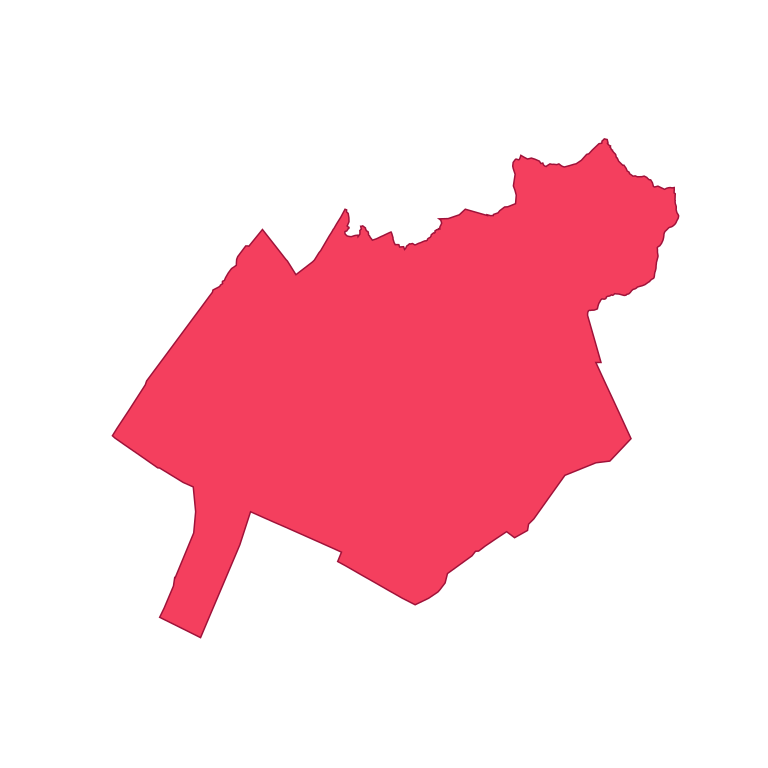 the district of Texcaltitlán, México, Mexico, rotated 193°
{"feature_id": "50627088B83838982860206", "entity_name": "Texcaltitlán", "entity_type": "district", "adm_level": 2, "iso_a3": "MEX", "parent_name": "Mexico", "parent_adm1": "México", "projection": "robinson", "projection_center": [-99.939, 18.941], "detail": "fine", "context": "isolated", "style": "filled", "palette": "rose", "viewbox_px": 768, "rotation_deg": 193, "n_neighbors": 0, "source": "geoboundaries", "source_scale": "gbopen_adm2", "svg_char_len": 6146}
<svg xmlns="http://www.w3.org/2000/svg" viewBox="0 0 768 768"><g transform="rotate(193 384 384)"><path d="M537.2,507.2L546.7,487.8L547.7,487.9L549.8,487.4L555.2,475.2L555.6,472.3L555.2,469.6L554.6,466.4L558.4,462.3L558.8,461.6L560.7,457.2L562.3,452.0L562.8,449.1L563.4,448.5L564.4,447.8L564.5,447.1L564.3,446.6L563.8,445.5L565.6,443.6L566.0,442.1L567.9,440.4L569.6,439.0L571.8,437.1L571.8,434.9L572.3,433.7L574.1,429.7L575.3,426.9L579.5,417.2L584.5,405.8L595.0,381.7L605.5,357.6L616.0,333.6L616.4,329.5L626.6,301.1L634.2,280.7L637.0,272.5L634.0,270.8L622.6,266.2L603.2,258.5L585.6,251.4L583.8,251.7L570.0,247.1L557.5,242.9L546.7,240.8L538.8,217.2L535.9,196.1L539.9,172.1L543.9,148.2L544.4,148.3L543.7,139.8L547.8,116.3L550.1,106.2L543.8,104.7L525.3,100.3L505.7,95.6L501.5,119.7L496.7,146.9L490.8,180.5L489.8,186.2L488.3,194.9L485.3,229.5L472.9,227.1L460.5,224.7L448.0,222.4L435.6,220.0L432.5,219.4L414.5,215.9L399.6,213.0L387.6,210.6L389.2,200.6L381.6,198.5L363.4,193.0L348.3,188.5L333.1,183.9L318.0,179.4L304.0,175.9L292.3,185.3L284.6,193.6L283.2,196.2L279.7,203.9L279.5,213.6L270.1,224.4L259.6,236.4L257.2,241.6L254.2,242.5L249.0,248.8L240.2,258.3L231.3,267.7L222.2,263.6L211.2,273.6L211.6,280.0L207.7,286.2L197.5,310.9L187.2,335.7L173.5,345.3L159.8,354.9L146.6,359.7L137.9,374.5L131.0,386.3L144.9,404.3L157.4,420.4L169.9,436.4L182.4,452.6L177.4,453.8L189.2,475.2L201.1,496.7L201.4,498.2L201.6,499.9L201.4,500.4L201.2,501.3L200.5,502.0L199.6,502.1L198.1,502.7L196.0,503.2L194.4,504.2L193.7,504.7L193.0,505.2L193.0,508.5L192.8,510.8L192.1,512.9L191.8,514.3L191.0,515.7L190.3,516.0L189.3,516.1L188.5,516.2L187.3,516.9L186.8,518.0L186.9,518.7L186.1,519.6L185.3,520.0L184.4,520.3L183.7,520.7L183.1,521.3L182.4,522.0L181.7,521.9L181.1,521.9L180.4,522.5L179.6,523.9L178.3,524.0L176.5,524.3L175.1,524.5L172.6,524.4L169.9,524.3L168.8,524.7L167.9,525.3L167.7,525.9L167.1,526.3L166.6,526.4L165.7,527.0L164.6,528.6L163.7,530.7L162.5,532.3L160.9,533.1L159.6,534.3L158.9,535.5L157.9,536.0L156.9,536.6L155.7,537.2L154.4,537.9L152.1,539.5L149.6,542.3L149.2,542.8L148.2,543.6L147.9,544.6L147.1,545.7L145.9,547.0L145.3,547.4L144.9,548.1L144.8,549.1L144.9,550.5L145.1,551.7L145.2,553.7L145.1,554.5L145.0,556.1L145.0,557.8L145.2,559.0L145.5,560.5L145.7,562.6L145.9,563.5L145.7,569.6L145.8,570.3L145.9,570.7L147.2,573.9L147.5,575.3L147.7,576.2L148.4,578.2L148.0,579.2L147.2,580.0L146.4,580.7L145.7,582.3L145.2,583.5L144.9,585.1L144.6,586.4L144.5,587.3L144.5,588.4L144.5,589.6L144.7,591.6L144.9,592.7L144.9,593.7L144.8,594.7L144.4,596.0L143.7,597.0L143.3,597.6L142.4,599.1L141.7,600.3L140.8,601.0L139.6,601.6L138.4,602.5L136.7,604.7L136.1,605.9L135.7,607.2L135.4,609.0L134.9,610.6L134.6,611.9L134.7,614.1L135.5,615.2L137.2,616.9L138.1,618.7L138.6,619.7L138.8,621.1L139.2,622.7L139.9,624.0L140.6,625.0L141.4,627.0L141.5,628.4L141.9,629.0L142.5,632.2L142.7,632.8L142.7,633.1L142.9,634.5L143.1,635.0L144.3,635.4L144.5,636.2L144.8,638.2L145.2,639.7L145.4,640.7L147.4,639.9L149.4,639.8L151.0,639.2L152.7,638.3L154.4,636.8L161.6,638.4L164.7,636.8L165.9,637.1L167.8,640.6L170.1,642.9L171.6,642.7L173.5,643.7L174.4,644.4L177.3,645.1L179.4,644.0L183.8,642.9L186.0,643.3L188.1,642.5L190.8,643.7L192.2,644.2L192.3,644.8L193.1,645.7L194.9,646.2L196.7,648.7L199.5,651.2L200.5,650.8L202.8,652.2L205.5,653.9L207.6,656.7L208.5,656.9L209.0,657.8L209.8,659.6L210.6,660.3L211.6,660.9L212.6,661.6L213.4,662.2L213.8,662.4L213.9,663.2L215.2,663.6L215.9,664.6L216.3,665.2L217.1,665.7L216.8,666.1L216.8,666.9L218.2,667.2L219.6,667.9L220.4,668.8L219.9,669.2L220.5,670.4L221.5,672.4L224.5,672.4L225.7,670.4L226.2,669.8L226.0,667.6L228.6,666.5L233.7,658.8L236.2,654.4L238.2,653.3L242.0,646.4L246.3,641.8L247.1,641.4L248.2,640.9L252.4,638.5L255.6,636.8L257.2,636.0L259.2,636.2L260.7,636.7L263.1,637.8L265.0,636.6L267.9,636.3L269.7,635.8L271.8,635.8L274.3,633.3L274.9,632.4L276.7,632.6L277.9,633.4L279.0,635.0L280.7,634.1L282.7,636.1L287.5,637.0L291.2,637.3L294.8,635.5L298.2,636.4L302.1,637.6L302.3,635.0L302.7,633.2L303.5,632.7L305.3,632.9L306.2,632.7L306.7,632.0L308.0,629.0L307.6,625.3L306.6,623.1L303.4,617.8L302.5,606.1L299.9,602.1L297.6,597.7L296.4,589.3L303.3,584.5L306.3,583.6L310.2,578.9L311.4,576.4L315.5,573.8L315.4,572.7L318.1,572.0L321.4,572.1L321.6,572.1L321.2,571.4L344.1,572.6L348.7,565.8L358.7,559.6L367.5,557.3L365.5,556.4L364.0,553.7L364.3,551.9L364.8,550.0L364.8,548.8L364.5,547.6L365.9,547.6L365.8,546.8L367.5,546.1L368.1,545.2L368.5,545.0L368.8,544.5L368.5,543.8L368.3,543.3L368.7,542.5L369.7,542.4L371.5,540.1L371.5,538.4L371.9,537.5L372.3,537.0L373.3,536.2L373.8,535.6L374.1,535.1L374.2,534.1L374.3,533.7L375.1,533.0L376.3,532.7L378.1,531.5L379.9,530.1L382.0,528.8L383.3,527.8L384.3,526.9L385.2,526.5L386.2,526.7L386.9,527.0L387.9,527.3L388.7,526.9L389.4,526.5L390.7,526.3L391.2,525.7L392.0,524.5L392.7,523.9L393.1,522.8L393.2,521.7L393.8,520.5L394.2,519.7L394.5,520.1L395.2,521.3L395.8,522.2L399.6,521.0L400.9,523.1L401.7,523.0L403.4,522.6L404.4,522.3L406.0,524.1L407.2,526.2L407.8,527.2L408.1,528.5L410.4,532.6L411.3,533.7L411.5,533.6L413.0,532.5L414.4,531.4L416.8,529.5L418.0,528.5L419.2,527.6L419.4,527.5L420.8,526.4L422.7,524.8L422.9,524.7L424.0,523.8L427.7,521.5L428.7,522.5L429.7,523.2L430.6,524.0L431.3,524.9L432.7,525.9L433.0,527.3L433.8,528.8L435.6,529.4L436.8,530.9L437.2,531.9L438.3,532.4L440.3,533.3L441.7,532.5L442.2,532.4L441.0,529.9L441.4,529.3L442.1,527.9L441.7,527.1L441.2,524.6L442.4,521.7L443.0,523.1L444.9,522.5L446.2,521.9L448.8,520.3L450.2,520.0L452.8,519.9L453.1,519.9L455.4,521.2L455.5,521.4L455.9,521.9L456.2,522.7L456.4,523.4L456.1,524.0L455.9,523.9L455.4,524.3L455.1,524.5L454.7,524.8L454.6,525.2L454.3,525.8L454.1,526.2L454.0,526.6L453.9,527.1L453.6,527.4L453.3,527.6L453.2,528.0L453.2,528.4L453.4,528.7L453.6,528.9L453.9,528.8L454.5,529.1L454.8,529.2L455.3,529.5L455.5,529.7L455.3,530.2L454.6,534.2L455.6,538.1L457.3,542.2L459.2,543.2L459.6,545.3L461.3,545.5L463.6,536.9L464.9,533.2L466.3,529.1L467.8,524.1L468.3,523.2L468.7,521.6L469.3,519.7L470.6,516.1L475.7,499.7L476.9,497.3L479.7,489.1L480.4,488.0L481.1,486.9L494.4,470.7L505.8,482.1L507.5,483.2L518.7,492.3L537.2,507.2Z" fill="#f43f5e" stroke="#9f1239" stroke-width="1.5"/></g></svg>